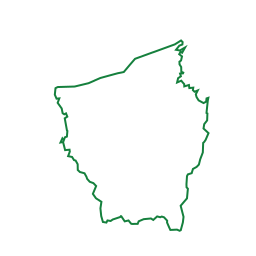 the district of Aguada, Puerto Rico, rotated 13°
{"feature_id": "32010507B12204404308150", "entity_name": "Aguada", "entity_type": "district", "adm_level": 2, "iso_a3": "PRI", "parent_name": "Puerto Rico", "parent_adm1": "", "projection": "equal_earth", "projection_center": [-67.173, 18.364], "detail": "fine", "context": "isolated", "style": "outline", "palette": "green", "viewbox_px": 256, "rotation_deg": 13, "n_neighbors": 0, "source": "geoboundaries", "source_scale": "gbopen_adm2", "svg_char_len": 1888}
<svg xmlns="http://www.w3.org/2000/svg" viewBox="0 0 256 256"><g transform="rotate(13 128 128)"><path d="M160.0,30.8L159.1,31.7L154.8,36.0L135.7,48.4L135.0,48.8L119.3,59.0L115.6,66.0L111.3,74.4L109.4,75.3L105.8,76.9L105.6,77.0L98.5,80.8L89.8,85.5L84.7,89.3L84.5,89.5L79.5,93.2L69.9,98.0L66.7,99.6L50.3,103.9L48.6,105.3L48.4,105.5L49.2,112.0L51.8,115.5L54.4,114.6L53.8,119.3L59.0,123.9L61.0,128.3L62.8,129.0L64.3,127.7L66.3,130.6L64.2,132.8L69.1,144.2L69.6,144.5L70.4,150.1L68.6,151.3L68.2,154.5L66.4,152.9L65.5,157.3L67.9,156.3L71.7,163.7L75.9,162.3L76.6,164.1L76.0,168.9L80.0,168.8L82.6,171.4L84.3,171.5L87.1,174.6L88.5,180.2L91.0,181.7L95.8,181.9L98.5,184.9L99.6,186.7L102.8,189.0L106.7,189.5L110.0,191.7L108.6,200.1L112.6,203.7L118.7,205.9L119.2,212.5L121.7,219.8L124.7,225.2L128.2,225.0L128.8,222.7L132.0,222.5L133.7,220.6L140.4,216.5L140.9,215.5L141.3,215.5L145.8,219.7L149.3,218.0L152.5,220.5L153.4,220.6L159.0,219.2L159.4,216.5L163.8,213.3L170.7,211.0L173.3,211.9L176.3,207.6L179.5,207.7L180.8,206.7L183.2,206.9L187.0,209.5L187.3,211.3L190.4,215.5L192.2,217.8L198.6,216.0L201.4,216.5L202.4,215.7L202.7,207.7L202.1,202.1L196.8,191.9L201.3,183.3L200.0,173.7L198.4,172.6L197.6,169.6L196.3,161.6L196.8,159.7L200.2,157.7L200.5,153.3L203.6,150.5L205.3,147.7L205.4,142.3L206.4,135.0L204.6,125.6L205.4,124.4L206.3,122.1L207.6,114.9L201.7,111.5L201.4,107.1L203.4,102.8L202.1,96.0L201.1,95.7L199.6,83.5L199.5,80.5L197.9,81.5L198.2,84.8L196.0,86.7L190.6,85.2L187.8,82.4L186.5,79.9L187.5,75.7L184.7,77.7L182.7,76.5L182.5,74.0L178.8,75.3L177.7,72.4L173.5,74.8L172.9,72.6L170.5,70.9L169.3,69.9L165.6,72.6L165.6,68.2L167.9,65.7L166.5,63.3L169.3,62.4L169.4,61.6L167.3,61.2L166.1,56.6L163.9,54.4L163.2,51.8L164.5,50.3L164.5,46.1L161.3,44.6L162.1,41.8L163.8,42.5L165.5,36.7L161.1,40.8L157.2,41.0L159.5,36.2L162.2,34.4L161.9,32.0L160.0,30.8Z" fill="none" stroke="#15803d" stroke-width="2"/></g></svg>